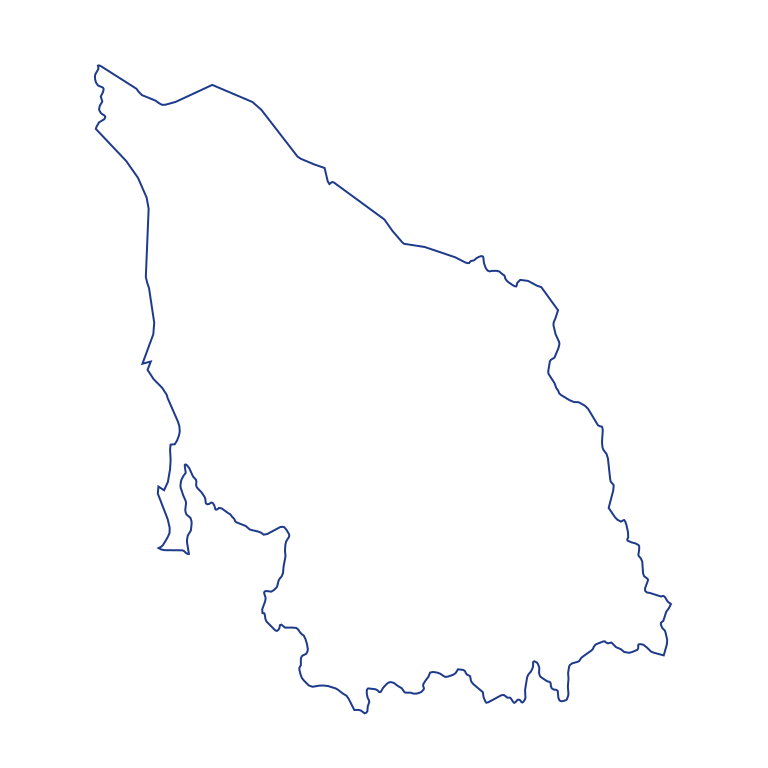 the State of Pahang, rotated 178°
{"feature_id": "MYS-1147", "entity_name": "Pahang", "entity_type": "State", "adm_level": 1, "iso_a3": "MYS", "parent_name": "Malaysia", "parent_adm1": "", "projection": "natural_earth1", "projection_center": [102.483, 3.614], "detail": "fine", "context": "isolated", "style": "outline", "palette": "blue", "viewbox_px": 768, "rotation_deg": 178, "n_neighbors": 0, "source": "natural_earth", "source_scale": "10m", "svg_char_len": 6038}
<svg xmlns="http://www.w3.org/2000/svg" viewBox="0 0 768 768"><g transform="rotate(178 384 384)"><path d="M615.0,227.9L612.6,229.0L610.6,230.6L605.6,238.3L603.5,242.7L603.2,247.7L604.9,256.5L613.9,282.4L613.0,289.4L607.5,285.5L603.4,293.7L600.8,306.2L599.9,315.5L600.1,325.9L599.4,330.9L595.2,331.1L592.8,334.7L590.8,339.5L589.8,343.4L590.0,349.0L591.3,353.7L600.7,377.4L601.6,380.9L605.8,387.9L614.1,396.9L619.8,406.4L616.3,414.6L624.7,412.7L612.8,441.8L611.5,453.3L615.5,488.1L617.2,493.7L618.3,499.3L613.1,567.3L614.7,578.5L622.6,598.5L633.9,615.9L663.1,649.0L662.4,651.0L659.7,655.4L654.3,658.4L653.4,660.0L653.3,661.2L654.3,662.3L656.3,663.6L657.5,664.7L658.6,666.7L659.2,668.5L658.3,672.0L655.7,676.1L657.0,681.3L654.6,685.6L653.9,688.5L654.4,689.8L655.0,690.3L659.3,692.2L661.3,695.3L662.1,698.6L662.1,701.9L661.6,703.8L658.6,708.5L658.4,709.8L658.8,712.1L657.8,712.4L655.8,711.5L621.1,687.7L619.2,684.9L615.9,681.2L602.3,675.1L599.1,672.5L596.1,670.8L592.8,670.7L582.4,673.2L545.2,688.9L505.6,670.4L497.0,662.3L462.5,614.3L459.1,611.9L446.3,606.0L435.8,601.9L433.2,588.6L431.6,585.7L429.2,587.5L428.4,587.6L426.9,587.0L377.9,548.4L370.3,536.8L360.6,524.7L359.0,523.4L338.6,519.5L308.3,508.1L298.5,502.6L296.2,501.9L294.8,501.9L293.2,503.7L289.6,504.5L287.1,506.6L284.8,507.7L282.6,508.4L281.4,508.3L280.6,507.8L280.3,506.9L279.9,501.5L278.4,496.6L276.6,493.8L274.6,492.9L271.4,493.3L266.8,493.1L264.7,492.3L262.1,489.8L260.1,488.4L259.3,486.8L259.3,485.6L258.4,483.9L256.7,481.9L252.1,478.4L250.0,477.2L248.5,476.9L248.0,477.6L247.3,480.4L244.2,483.3L236.4,482.0L227.5,476.8L223.4,475.3L207.5,451.6L210.3,443.9L212.3,439.6L212.6,436.9L210.8,427.8L207.6,420.1L207.3,418.1L207.7,416.1L208.5,413.6L212.7,404.4L216.3,402.4L217.4,401.0L219.4,391.1L219.3,388.5L213.5,378.8L212.0,374.0L210.1,371.1L209.2,368.5L207.7,367.0L199.4,361.5L194.7,359.3L190.9,359.1L189.6,358.7L184.0,355.3L180.9,352.1L171.6,335.3L169.6,334.2L167.8,333.8L167.2,332.3L167.0,329.8L168.2,318.1L167.8,312.8L167.0,310.5L164.1,306.4L162.8,301.7L161.3,281.1L160.8,278.5L158.3,275.4L158.0,274.2L158.7,269.3L163.8,252.3L157.8,242.8L155.6,240.3L152.0,238.2L149.3,239.6L148.6,239.6L147.6,237.8L146.6,234.5L145.3,227.2L145.3,222.0L146.2,220.6L146.3,219.8L146.0,218.9L141.9,217.0L138.4,216.0L135.4,214.3L134.8,213.4L134.6,211.9L134.9,208.6L135.8,204.5L135.4,203.3L133.4,200.7L132.1,197.5L131.7,185.8L130.8,182.9L127.3,180.0L127.0,178.6L130.2,170.8L130.3,168.9L130.1,168.0L128.5,166.5L125.6,165.9L114.4,161.9L112.8,162.5L111.7,162.2L110.6,161.1L108.0,156.5L104.9,154.1L107.1,150.0L109.8,146.7L113.1,137.6L115.4,135.9L115.7,134.9L115.5,133.3L114.5,130.6L112.1,127.9L111.4,126.2L109.9,118.5L110.4,113.9L113.9,103.0L123.6,106.0L126.4,107.2L130.7,111.7L133.9,114.4L136.7,115.0L138.2,115.0L139.0,114.4L139.2,111.0L139.6,110.1L140.3,109.4L145.6,107.4L148.5,106.8L153.3,107.8L156.7,110.8L161.3,112.9L165.7,117.7L169.3,117.0L171.2,118.0L172.3,119.1L173.7,119.1L180.9,116.6L182.1,115.8L183.6,113.8L184.4,112.1L185.6,110.7L195.0,104.5L196.6,103.2L198.5,100.4L200.1,99.6L205.6,98.3L208.1,96.6L208.9,95.0L210.1,88.8L209.9,83.0L210.8,75.3L210.5,68.1L210.7,66.4L212.2,62.5L213.3,61.6L216.6,60.8L218.0,60.8L219.6,61.6L220.7,64.2L221.1,71.2L222.3,72.3L225.1,72.7L227.0,74.1L227.7,75.9L227.9,79.1L228.3,80.0L229.1,80.6L231.3,81.2L237.3,85.5L238.4,86.8L239.1,89.7L238.7,94.9L239.8,98.5L240.8,100.2L243.3,101.6L244.2,101.4L244.7,100.7L244.9,96.3L246.0,93.7L247.3,91.4L249.9,88.6L251.2,85.9L253.7,73.4L253.6,65.5L254.1,63.9L255.8,61.5L256.8,60.9L257.6,61.1L259.1,63.3L260.0,63.8L261.6,63.7L263.7,61.4L265.0,60.8L266.1,61.9L268.4,65.6L269.0,66.1L271.6,66.2L275.0,69.0L277.5,68.9L290.9,62.3L292.9,61.9L293.8,63.2L295.4,67.5L296.0,72.6L305.3,81.0L306.8,83.0L307.5,84.6L308.1,88.8L308.7,89.4L311.0,90.5L312.1,91.8L313.1,94.3L314.1,95.0L315.0,95.5L320.0,96.3L322.5,92.6L324.8,91.1L330.1,89.4L331.9,89.2L333.3,89.2L338.1,92.6L341.2,93.8L345.1,94.5L348.0,94.0L349.9,89.7L352.1,87.2L355.0,83.0L355.5,81.2L354.7,78.6L355.0,77.4L357.2,75.1L359.2,74.2L362.5,73.4L365.5,73.6L368.2,74.6L373.0,74.8L374.1,75.1L376.9,79.3L381.2,82.1L384.5,84.9L387.8,85.9L390.0,85.4L391.8,84.1L395.5,80.4L397.9,76.5L398.8,76.2L399.6,76.4L401.3,78.2L403.1,79.2L410.0,80.3L410.9,80.1L411.9,78.5L412.0,75.2L411.3,71.0L410.1,68.5L409.8,66.7L411.5,62.3L412.0,57.7L413.1,56.2L415.0,55.6L418.2,58.3L420.3,59.1L425.1,59.3L430.3,70.6L432.3,73.7L436.1,76.2L440.6,80.0L443.0,81.5L450.5,84.1L455.0,84.8L459.1,84.8L466.0,83.9L469.6,85.3L474.1,90.1L476.3,93.0L477.4,96.1L478.5,101.2L478.6,103.0L476.9,106.0L476.7,112.2L476.1,114.0L475.1,115.3L471.1,117.1L469.9,119.2L469.4,121.5L470.0,126.6L471.3,131.6L472.9,135.3L474.9,136.8L476.7,138.9L478.2,141.5L480.2,143.3L484.8,143.8L491.4,144.0L495.0,147.1L496.4,146.6L497.1,143.6L498.0,142.1L499.3,141.1L500.2,141.1L501.4,141.7L509.7,150.7L510.6,152.9L511.3,158.1L511.8,159.1L513.4,159.3L513.6,163.0L510.4,170.9L509.9,173.1L509.8,174.7L511.1,179.1L510.9,180.2L510.3,180.9L508.7,181.2L503.9,180.4L501.3,181.9L498.9,184.0L497.9,185.3L496.2,191.2L495.1,193.0L493.0,195.3L491.5,198.6L490.8,204.7L488.4,215.6L488.8,220.6L488.2,226.6L487.3,230.0L484.3,234.5L484.0,235.8L484.0,236.9L486.5,241.6L488.6,244.3L490.2,244.8L492.6,244.7L505.8,238.2L509.5,237.6L512.0,239.7L515.2,241.0L521.9,242.8L523.5,243.5L527.1,246.9L536.3,250.9L537.5,252.1L538.5,254.6L540.3,256.4L542.1,259.0L544.8,260.8L550.5,265.3L553.2,265.9L554.8,264.7L556.2,264.2L556.9,264.7L557.9,268.8L559.4,271.1L560.3,271.5L561.1,271.4L563.0,270.2L564.9,270.0L565.7,270.5L566.3,271.4L566.6,275.4L567.3,277.5L570.0,281.9L573.9,286.3L574.9,287.8L575.3,289.6L574.9,292.7L575.3,295.0L578.1,298.2L581.7,307.0L584.3,310.2L585.3,310.5L585.9,310.1L586.0,309.1L585.3,302.8L585.4,301.9L587.5,299.4L589.7,295.6L590.3,293.7L591.0,289.6L590.8,287.4L588.6,279.9L586.2,273.8L586.0,271.6L587.0,265.2L586.8,262.9L585.9,260.4L582.1,257.0L581.1,253.1L581.2,250.8L582.1,244.4L585.4,239.3L586.3,235.2L586.4,232.9L584.9,220.9L585.3,220.8L587.4,221.7L589.8,224.1L591.3,224.8L609.1,225.6L612.4,226.4L615.0,227.9Z" fill="none" stroke="#1e3a8a" stroke-width="2"/></g></svg>